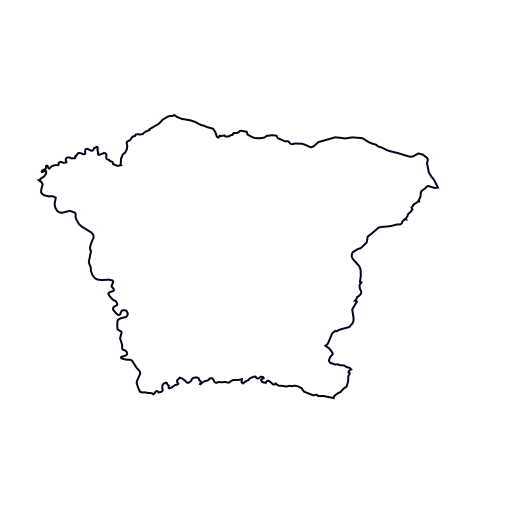 Marcabeli, El Oro, Ecuador (Equal Earth projection), rotated 76°
{"feature_id": "8360857B87513516698723", "entity_name": "Marcabeli", "entity_type": "district", "adm_level": 2, "iso_a3": "ECU", "parent_name": "Ecuador", "parent_adm1": "El Oro", "projection": "equal_earth", "projection_center": [-79.934, -3.773], "detail": "fine", "context": "isolated", "style": "outline", "palette": "ink", "viewbox_px": 512, "rotation_deg": 76, "n_neighbors": 0, "source": "geoboundaries", "source_scale": "gbopen_adm2", "svg_char_len": 6128}
<svg xmlns="http://www.w3.org/2000/svg" viewBox="0 0 512 512"><g transform="rotate(76 256 256)"><path d="M175.0,116.1L172.6,119.3L168.1,123.5L167.3,124.6L164.2,133.8L163.5,141.2L161.7,145.6L160.0,150.5L160.6,168.0L163.7,173.9L163.8,176.5L159.8,181.7L158.2,184.3L156.2,191.3L156.4,193.1L156.0,194.6L155.1,195.6L152.8,196.8L152.3,197.4L151.8,200.0L147.5,205.7L146.8,206.3L144.4,207.0L143.8,207.8L142.7,211.3L142.0,216.5L143.1,219.1L143.1,220.4L142.6,224.1L141.2,228.9L138.4,232.4L136.1,234.8L133.2,235.0L130.9,240.1L130.8,241.3L131.6,242.7L131.9,244.1L131.9,245.7L131.3,247.9L131.6,248.5L132.8,249.5L132.6,250.9L133.3,253.1L133.3,254.5L132.6,256.9L131.4,257.4L131.2,260.9L130.5,262.2L132.0,263.6L131.4,264.8L130.7,265.1L125.9,265.5L122.1,266.9L118.7,272.9L117.3,274.5L115.3,278.1L111.3,282.5L108.6,286.6L104.9,295.0L102.1,298.8L99.4,301.3L100.0,303.0L99.3,306.0L99.4,307.8L101.3,313.9L102.5,315.4L104.2,318.5L107.3,328.9L108.1,329.0L108.2,330.9L108.8,333.5L109.3,334.8L110.3,336.3L110.1,339.2L109.4,340.5L109.0,343.3L110.2,344.2L110.3,346.7L111.3,348.3L112.9,349.9L114.0,353.7L115.3,354.2L118.2,354.3L121.0,355.4L123.9,357.8L125.5,361.0L127.3,362.0L128.2,363.1L134.5,365.2L135.2,364.9L135.1,368.6L133.0,371.3L132.6,372.3L129.9,372.5L128.5,374.8L127.3,375.3L126.4,376.8L125.4,377.5L124.0,377.6L121.8,376.6L120.7,376.8L119.7,377.6L119.3,378.5L119.9,383.0L119.8,384.3L118.4,384.6L117.2,384.0L115.5,384.3L112.8,383.4L111.9,383.5L111.5,384.4L112.1,385.2L112.0,386.8L113.7,388.1L114.2,389.7L113.7,390.8L111.3,393.6L111.0,394.4L111.2,395.4L112.6,396.4L114.9,396.8L115.7,397.4L115.5,398.8L113.8,401.3L113.3,402.4L113.2,403.6L114.5,405.5L115.2,405.9L115.2,406.7L115.8,407.5L116.9,407.4L117.3,408.0L116.6,411.7L115.6,412.5L115.0,413.7L114.9,416.1L116.5,417.4L119.0,417.1L119.4,417.7L118.8,420.8L117.6,422.3L117.4,423.4L117.9,424.9L119.5,425.3L120.0,426.0L119.2,428.8L119.5,432.3L121.2,435.5L120.7,436.0L118.1,436.6L117.7,437.1L117.9,437.9L120.1,438.7L120.8,439.6L121.2,442.4L122.3,443.5L122.8,443.3L122.5,439.8L122.7,439.3L123.9,439.2L126.0,440.4L127.7,442.7L128.9,446.3L129.9,447.0L129.9,448.4L132.6,446.2L135.0,445.7L138.7,447.9L142.0,449.1L143.6,448.7L145.7,447.1L148.0,442.7L148.5,440.0L149.4,437.9L151.0,436.2L156.2,438.6L158.0,439.0L161.0,439.0L164.1,438.0L165.1,437.2L166.1,436.1L167.2,433.7L167.1,425.8L170.1,421.2L172.0,420.9L174.6,421.7L177.5,421.4L182.3,420.0L185.3,418.0L193.7,409.8L196.1,408.8L198.6,409.0L204.4,413.3L207.3,414.9L209.9,415.3L211.3,414.9L221.2,419.6L223.1,419.7L226.7,419.1L230.8,419.8L234.8,419.3L238.2,417.9L239.6,416.7L240.7,415.0L242.0,411.7L243.4,404.3L245.1,401.1L246.1,400.7L247.2,401.1L249.7,403.2L250.7,403.5L253.5,402.0L255.0,402.3L255.4,403.0L255.8,406.8L256.7,408.4L259.4,407.8L263.5,405.7L266.0,403.0L268.1,402.2L269.5,402.4L270.1,403.1L271.1,406.4L272.6,407.6L273.3,407.7L278.4,405.3L279.7,404.3L280.0,402.6L279.6,401.8L277.4,400.3L276.6,399.3L276.4,397.9L277.3,395.5L278.4,394.8L279.9,394.4L281.1,394.4L282.2,395.0L283.7,396.5L283.7,402.1L284.5,405.2L285.7,406.2L290.8,407.7L293.2,408.0L294.2,407.7L296.8,405.0L297.7,404.9L303.0,407.8L309.8,407.4L313.4,408.2L314.5,408.0L315.9,406.0L317.3,404.8L319.0,404.6L320.4,405.1L320.8,405.7L321.2,407.6L321.2,410.9L321.9,411.6L322.8,411.3L325.1,407.2L326.2,403.4L327.5,401.6L335.3,399.0L339.6,396.8L340.7,396.6L342.5,397.0L348.7,401.9L350.4,402.5L355.7,402.2L359.8,401.3L361.0,399.2L361.3,397.1L362.8,393.8L363.5,391.3L364.4,389.6L365.3,389.2L364.9,387.8L363.5,386.4L363.0,385.3L363.4,384.2L364.8,383.6L365.0,381.2L364.2,379.3L363.2,378.9L361.2,378.9L358.8,378.1L357.4,376.2L357.1,374.0L357.5,373.3L359.0,373.1L360.9,372.0L362.5,372.7L363.1,372.6L363.4,372.3L363.3,370.2L361.7,365.9L361.7,363.3L361.3,362.4L360.9,362.2L359.2,363.1L357.6,362.6L355.6,359.5L356.9,357.3L359.7,355.0L361.9,353.9L362.5,353.0L362.6,351.9L361.6,349.3L359.7,347.8L359.1,346.2L359.3,343.6L359.9,342.1L360.8,341.2L362.8,341.1L364.3,339.9L365.1,339.9L366.7,341.3L367.0,340.8L365.9,338.9L365.2,336.7L365.0,332.6L364.5,331.6L363.8,330.9L363.7,329.7L364.0,328.0L366.2,327.1L367.8,327.0L369.0,326.0L369.5,325.1L369.2,323.4L369.4,322.3L370.3,319.6L370.7,316.7L372.2,313.4L372.2,312.3L371.3,310.5L370.8,308.1L372.1,302.6L372.1,299.5L375.0,300.6L376.5,299.4L375.1,296.3L374.8,294.2L374.3,293.0L373.6,292.3L372.9,290.3L372.6,286.2L373.1,285.6L374.6,285.0L375.3,284.1L375.1,282.7L374.3,280.6L375.3,278.3L376.3,278.1L377.3,281.1L379.3,280.8L380.6,279.2L380.9,278.0L381.5,277.4L380.1,275.8L379.8,274.5L381.6,272.6L384.9,270.4L385.0,268.8L384.4,267.9L384.6,267.4L385.6,267.2L387.5,265.0L388.3,262.0L390.0,258.2L390.0,255.2L391.1,252.5L391.0,251.0L391.6,248.7L392.8,246.6L395.4,243.7L398.9,242.4L399.8,241.4L405.0,234.3L405.3,230.6L407.0,229.5L408.1,224.6L412.7,214.9L411.4,214.6L410.0,212.4L408.8,209.2L408.4,206.9L406.0,203.3L404.5,199.5L399.6,196.8L394.9,195.5L393.0,193.6L392.2,193.5L391.4,194.4L390.4,193.9L389.3,192.1L389.1,191.1L387.2,192.2L385.5,195.2L383.5,197.1L382.0,201.6L380.9,202.8L380.3,206.0L378.5,208.1L378.1,209.5L376.0,210.5L374.8,210.4L372.2,208.7L369.8,205.4L368.3,205.2L363.4,207.3L359.9,210.4L358.6,207.6L349.3,200.6L347.9,197.0L348.5,196.2L347.7,192.7L347.5,182.7L344.5,178.5L342.5,177.1L340.1,176.4L331.0,175.5L324.7,169.2L323.5,169.6L323.3,170.7L322.0,168.9L320.4,168.0L319.5,165.3L317.9,163.2L316.2,162.5L312.6,163.1L309.8,162.7L308.7,162.1L307.2,160.2L306.4,161.4L300.5,159.1L295.2,157.9L293.2,157.9L290.4,158.5L282.4,162.7L279.8,163.3L277.4,162.5L275.8,161.3L274.0,156.1L273.7,152.6L272.9,150.8L269.5,145.2L264.3,143.0L262.2,138.3L258.1,130.2L258.2,127.1L259.2,121.1L259.6,117.2L259.5,112.0L260.2,108.4L259.9,107.2L259.2,106.3L258.2,105.9L256.3,102.9L256.9,101.3L255.7,101.5L254.3,99.7L252.1,98.2L250.8,95.6L248.7,92.9L246.8,93.4L245.2,91.4L244.4,91.1L242.7,86.1L242.3,85.7L242.5,84.5L241.3,84.6L238.2,82.0L234.3,80.7L233.1,79.9L231.3,75.5L229.9,73.5L229.8,71.8L232.9,66.7L233.3,65.6L233.6,62.9L224.9,64.9L221.7,66.5L216.8,68.1L207.3,67.6L204.7,66.2L203.2,66.0L201.9,66.5L198.0,69.6L195.8,73.6L197.4,79.8L197.0,82.2L196.3,83.8L190.3,93.7L187.1,99.9L185.2,103.1L181.5,107.4L179.1,111.1L177.0,112.7L175.0,116.1Z" fill="none" stroke="#020617" stroke-width="2"/></g></svg>